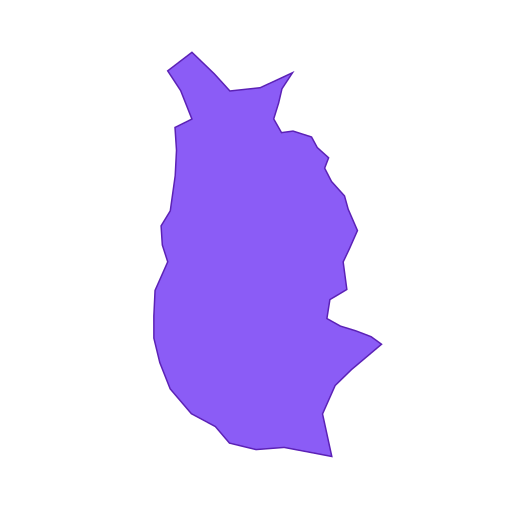 outline of Agia Marina Skyllouras, Cyprus, rotated 201°
{"feature_id": "46923920B60275250769381", "entity_name": "Agia Marina Skyllouras", "entity_type": "district", "adm_level": 2, "iso_a3": "CYP", "parent_name": "Cyprus", "parent_adm1": "", "projection": "equal_earth", "projection_center": [33.126, 35.224], "detail": "fine", "context": "isolated", "style": "filled", "palette": "violet", "viewbox_px": 512, "rotation_deg": 201, "n_neighbors": 0, "source": "geoboundaries", "source_scale": "gbopen_adm2", "svg_char_len": 801}
<svg xmlns="http://www.w3.org/2000/svg" viewBox="0 0 512 512"><g transform="rotate(201 256 256)"><path d="M159.2,257.3L172.5,281.7L171.4,296.1L170.4,316.1L186.7,332.7L194.9,343.8L212.2,352.6L223.4,362.6L223.4,373.7L237.7,379.2L246.8,387.0L266.2,385.9L276.4,380.3L288.6,390.3L289.7,406.9L291.7,421.4L287.6,440.2L312.4,414.6L339.5,400.7L360.2,411.1L388.8,423.2L396.7,410.4L404.8,397.2L385.6,383.4L364.9,360.9L377.7,347.0L368.1,326.2L360.2,302.0L352.2,267.4L355.4,250.1L347.4,232.7L336.3,218.9L337.9,187.7L329.9,163.5L321.9,142.7L307.6,122.0L288.5,101.2L259.8,85.6L232.8,82.2L213.7,71.8L186.6,75.3L161.1,87.4L113.4,96.0L137.3,132.4L135.7,163.5L126.1,184.3L107.2,218.6L119.5,221.9L135.8,221.9L152.1,220.8L167.4,223.0L171.4,241.8L159.2,257.3Z" fill="#8b5cf6" stroke="#5b21b6" stroke-width="1.5"/></g></svg>